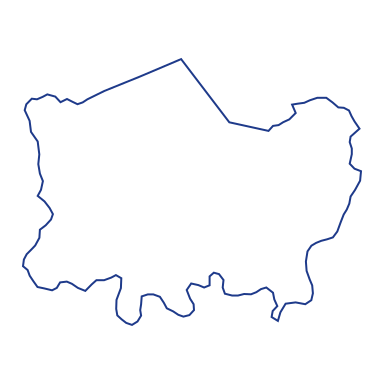 outline of Ouro Verde, Santa Catarina, Brazil
{"feature_id": "56859067B85493452784852", "entity_name": "Ouro Verde", "entity_type": "district", "adm_level": 2, "iso_a3": "BRA", "parent_name": "Brazil", "parent_adm1": "Santa Catarina", "projection": "orthographic", "projection_center": [-52.278, -26.711], "detail": "fine", "context": "isolated", "style": "outline", "palette": "blue", "viewbox_px": 384, "rotation_deg": 0, "n_neighbors": 0, "source": "geoboundaries", "source_scale": "gbopen_adm2", "svg_char_len": 1937}
<svg xmlns="http://www.w3.org/2000/svg" viewBox="0 0 384 384"><path d="M24.7,110.2L29.6,120.8L31.0,131.9L37.7,141.5L39.3,154.4L38.3,164.1L39.9,173.6L42.9,181.1L41.0,189.8L37.7,195.9L44.5,201.4L49.6,208.0L52.9,214.1L51.0,219.5L45.7,225.3L39.9,229.7L39.4,237.8L35.2,245.5L31.1,249.8L26.7,254.2L23.9,259.5L23.0,266.2L27.6,270.0L29.7,275.7L33.3,281.1L37.5,287.0L44.2,288.4L52.1,290.3L56.8,287.9L60.1,282.4L66.8,281.6L71.9,283.8L77.9,287.9L85.3,290.9L91.7,284.4L96.4,280.2L104.1,280.2L111.2,277.6L115.9,275.1L121.3,278.2L120.9,288.1L116.5,299.9L116.2,308.9L117.3,315.4L121.7,319.4L126.2,322.9L132.0,324.9L137.5,321.5L141.1,315.6L140.2,310.1L141.1,304.3L141.7,296.4L147.8,294.4L153.3,294.4L159.9,296.8L163.8,302.7L166.8,308.3L173.2,311.4L178.3,314.8L183.4,316.6L189.4,315.1L194.0,310.1L193.6,304.2L190.1,298.7L186.7,290.0L191.2,283.5L198.4,285.1L204.1,287.5L209.6,285.3L209.6,276.4L213.8,272.7L219.0,274.1L223.5,280.0L222.7,287.5L224.9,293.7L232.0,295.5L238.1,295.5L244.1,294.0L251.0,294.3L256.3,292.2L261.0,289.1L266.3,287.5L273.0,292.7L274.3,299.4L277.3,306.1L272.7,311.0L271.6,317.0L277.9,320.9L280.4,312.3L285.6,303.7L295.6,302.4L305.3,304.2L311.3,300.2L312.9,293.3L312.2,285.4L309.7,279.5L306.6,270.9L305.9,261.5L307.5,251.4L311.4,245.7L316.1,242.9L321.3,240.8L327.1,239.3L332.9,237.4L337.3,231.5L340.7,222.2L343.7,214.5L346.8,209.5L349.3,203.6L350.6,196.5L355.0,190.0L360.1,180.7L361.0,171.2L354.5,168.7L349.7,163.7L351.8,154.2L351.8,148.5L349.7,142.1L350.6,136.6L359.5,128.7L354.5,121.4L351.5,116.1L349.0,110.5L343.8,107.8L338.3,107.4L332.5,102.4L326.3,97.8L317.3,97.8L309.8,100.3L304.3,102.8L297.6,103.7L292.1,104.6L295.7,113.0L289.3,119.4L283.2,122.2L278.6,125.1L273.0,125.9L268.5,130.9L229.3,122.3L181.1,59.1L139.6,76.7L125.0,82.6L104.5,90.9L87.4,99.3L82.7,102.4L77.5,104.2L72.5,101.8L67.0,99.0L60.5,102.2L55.3,96.6L47.3,94.4L42.6,96.9L37.0,99.3L31.8,98.7L26.3,104.3L24.7,110.2Z" fill="none" stroke="#1e3a8a" stroke-width="2"/></svg>